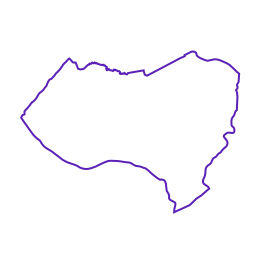 Flóahreppur, Suðurland, Iceland (Albers equal-area conic projection), rotated 94°
{"feature_id": "244011B29431294757890", "entity_name": "Flóahreppur", "entity_type": "district", "adm_level": 2, "iso_a3": "ISL", "parent_name": "Iceland", "parent_adm1": "Suðurland", "projection": "albers", "projection_center": [-20.876, 63.886], "detail": "fine", "context": "isolated", "style": "outline", "palette": "violet", "viewbox_px": 256, "rotation_deg": 94, "n_neighbors": 0, "source": "geoboundaries", "source_scale": "gbopen_adm2", "svg_char_len": 5312}
<svg xmlns="http://www.w3.org/2000/svg" viewBox="0 0 256 256"><g transform="rotate(94 128 128)"><path d="M62.8,191.3L63.0,191.7L63.4,192.1L64.3,193.0L65.9,194.1L67.3,195.4L69.2,197.1L69.8,197.4L70.2,197.5L71.8,198.5L72.8,199.1L73.5,199.5L74.7,200.3L76.8,202.0L77.9,203.1L78.5,203.6L79.0,203.9L79.7,204.4L80.2,204.6L80.8,205.0L84.1,207.7L84.3,208.0L84.7,208.7L85.1,209.3L85.3,209.7L85.7,210.0L86.2,210.2L86.6,210.5L89.0,211.5L90.7,212.0L91.7,212.3L92.3,212.8L94.0,214.0L95.7,215.0L97.1,216.2L97.7,216.8L98.3,217.5L98.9,218.3L99.3,218.7L99.6,218.8L100.3,219.4L101.7,220.1L102.3,220.4L103.3,220.9L103.9,221.1L104.7,221.6L105.4,222.0L107.6,223.8L108.2,224.4L108.7,225.1L109.2,225.6L110.8,226.8L112.3,227.6L113.0,228.1L113.8,228.7L115.8,230.2L118.4,232.3L118.9,232.4L120.7,232.2L121.6,232.2L121.8,232.4L122.3,234.0L123.9,234.8L125.1,235.3L128.5,232.7L139.2,223.9L141.5,221.9L143.8,219.3L145.2,217.4L146.1,215.9L146.8,215.0L147.9,214.1L149.5,213.0L151.6,211.1L153.2,209.1L157.0,201.9L158.9,199.1L162.5,193.6L164.3,191.0L165.6,188.1L166.6,185.6L167.3,182.9L168.7,177.6L169.7,175.3L170.7,173.4L171.2,172.0L171.8,169.1L171.8,166.7L171.6,165.1L170.8,162.3L168.7,157.5L166.9,154.5L164.8,150.7L163.2,147.6L162.3,145.4L161.9,143.3L161.8,140.6L161.7,135.5L161.8,133.1L162.3,128.0L162.3,124.9L162.8,122.7L163.5,121.3L164.0,120.4L164.7,119.0L165.3,117.3L165.3,116.2L165.5,114.7L165.5,113.5L165.9,112.0L166.7,109.4L166.9,108.3L167.2,107.5L168.3,105.6L172.0,101.0L173.4,99.1L176.0,95.1L176.5,94.2L177.0,93.1L177.3,92.7L177.4,92.3L177.3,91.9L177.0,91.3L177.0,90.9L177.1,90.2L177.3,89.5L177.7,88.2L178.0,87.9L178.3,87.6L178.9,87.2L181.0,86.2L183.3,85.9L184.7,85.6L186.8,85.3L187.6,85.0L188.8,84.5L189.3,84.0L190.2,83.4L192.1,82.3L192.4,82.3L194.6,82.2L195.5,82.0L196.4,81.4L197.3,79.8L198.0,78.2L198.8,76.3L199.4,75.7L200.3,75.4L201.6,75.4L203.2,75.7L205.5,76.1L208.8,76.1L200.6,61.0L193.7,54.8L191.0,51.3L190.8,50.8L182.8,42.8L181.8,43.4L181.0,44.1L180.3,45.1L179.6,46.4L179.0,47.5L178.2,48.6L177.3,49.2L176.3,49.5L175.3,49.5L174.4,49.4L173.1,49.0L172.0,48.5L170.4,48.0L169.1,47.8L167.6,47.7L164.2,47.7L163.0,47.6L162.0,47.2L161.1,46.8L160.2,46.0L159.4,45.2L158.7,44.2L158.0,43.4L157.4,42.9L156.4,42.5L155.5,42.2L153.1,41.3L152.4,40.9L151.8,40.2L151.0,38.8L150.3,38.1L148.5,36.8L147.2,35.8L145.9,33.9L145.2,33.4L144.3,33.0L143.2,32.2L141.8,31.0L140.8,29.9L139.9,29.1L139.0,28.3L138.1,28.0L137.0,27.7L136.2,27.7L135.2,27.8L134.2,28.2L133.3,28.8L130.4,31.5L130.0,31.8L129.4,31.8L128.8,31.7L128.1,31.2L127.5,30.6L126.9,30.0L126.2,29.1L125.7,28.1L125.6,27.0L125.6,25.7L125.7,24.4L125.6,23.3L125.3,22.4L124.8,21.9L124.1,21.7L123.2,21.7L122.2,21.8L121.3,22.0L120.4,22.5L119.7,23.3L118.7,24.4L118.2,24.8L117.4,25.0L116.3,25.1L114.2,25.3L113.3,25.3L112.3,25.2L111.7,25.1L109.8,24.3L108.3,23.2L107.5,22.9L105.4,22.4L104.4,22.1L103.4,21.6L102.6,20.7L88.6,21.0L88.2,21.3L87.5,21.4L85.8,21.5L85.3,21.6L84.5,21.9L83.0,22.7L82.7,22.8L82.2,22.6L80.9,21.7L79.9,21.5L79.0,21.7L78.3,22.1L77.7,22.3L76.7,22.0L75.5,21.5L74.3,20.9L66.1,20.9L65.2,22.2L64.1,23.7L62.6,25.4L60.4,28.0L59.1,29.7L58.0,31.0L57.2,32.6L56.3,34.5L55.6,36.6L54.8,38.6L53.8,41.7L53.5,43.5L53.4,45.1L53.4,46.4L54.5,50.3L55.0,51.9L55.3,53.2L55.3,54.2L54.8,55.9L54.4,57.3L53.5,60.0L53.1,61.0L52.6,62.0L52.3,62.6L51.6,63.6L51.1,64.2L50.4,64.6L49.9,64.8L49.0,65.0L48.2,65.3L47.3,67.1L47.2,68.6L47.4,70.0L51.4,76.7L52.4,76.4L54.8,80.9L74.5,112.7L73.6,115.0L70.7,116.1L69.4,116.4L73.2,131.9L74.4,132.5L74.5,132.8L74.6,133.1L74.5,133.4L74.5,133.6L74.5,133.8L74.4,134.0L74.2,134.5L74.1,134.8L73.6,134.9L73.3,135.4L73.4,135.5L73.7,135.6L73.9,135.7L73.9,135.8L74.0,136.0L74.0,136.3L74.0,136.6L74.2,136.8L74.0,137.1L74.0,137.3L74.1,137.5L74.5,137.9L74.5,138.0L74.3,138.3L74.3,138.6L74.6,139.3L74.4,139.7L74.2,139.5L73.8,139.4L73.5,139.7L73.2,139.7L72.9,140.0L72.6,140.0L72.3,140.5L71.9,140.9L72.0,141.3L72.0,141.6L72.1,141.9L72.0,142.1L71.9,142.2L71.7,142.5L71.7,142.8L71.5,143.1L71.3,143.4L71.2,143.8L71.2,144.1L71.1,144.3L70.9,144.5L70.8,144.9L71.2,145.0L71.2,145.4L71.3,145.5L71.4,145.9L71.4,146.0L71.1,146.3L71.8,146.7L71.9,146.9L72.2,147.1L72.1,147.3L71.8,148.0L71.8,148.3L71.7,148.8L71.7,149.1L71.5,149.4L71.5,149.6L71.5,149.8L71.6,150.0L71.4,150.3L71.3,150.7L71.0,150.9L71.0,151.1L70.6,151.3L70.8,151.9L71.0,152.0L71.4,152.1L71.5,152.3L71.6,152.7L71.8,152.9L71.8,153.2L71.3,153.4L70.6,153.8L70.4,153.9L70.0,153.8L69.6,153.2L69.1,153.5L68.9,153.4L68.7,153.4L68.4,153.7L68.4,153.8L68.4,154.1L68.3,154.3L68.1,154.6L67.9,154.9L67.6,155.0L67.3,155.4L67.3,155.7L67.4,155.9L67.4,156.0L66.6,156.6L66.6,156.8L66.7,157.0L66.8,157.3L67.0,157.6L67.1,157.8L67.1,158.0L66.8,158.4L66.7,158.6L66.7,158.8L66.9,159.0L66.9,159.5L66.9,159.8L66.8,160.1L66.7,160.3L66.7,160.5L66.5,161.1L66.1,162.1L66.1,162.4L66.1,162.5L66.2,162.9L66.2,163.0L65.6,163.4L65.6,163.5L65.5,163.9L65.5,164.0L65.4,164.2L65.4,164.4L65.7,164.8L65.6,165.1L65.3,165.3L65.2,165.7L65.1,165.8L65.5,166.1L65.7,166.6L65.8,166.6L65.9,166.9L65.9,167.0L65.5,167.5L65.3,167.9L65.2,168.2L65.2,168.3L65.9,168.7L66.1,168.9L66.4,169.1L66.6,169.4L66.6,169.6L66.4,169.8L66.3,170.3L66.6,170.6L66.6,170.9L66.7,171.1L67.0,171.2L67.4,171.1L67.5,171.2L67.8,172.3L72.2,176.4L72.9,179.7L72.4,181.9L66.5,184.7L66.4,184.9L66.3,185.2L66.3,185.4L66.3,185.8L66.5,186.2L66.5,187.1L66.4,187.5L62.8,191.3Z" fill="none" stroke="#5b21b6" stroke-width="2"/></g></svg>